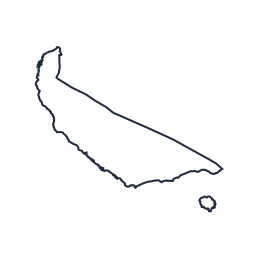 outline of Buru Selatan, Maluku, Indonesia, rotated 12°
{"feature_id": "22746128B90083339512512", "entity_name": "Buru Selatan", "entity_type": "district", "adm_level": 2, "iso_a3": "IDN", "parent_name": "Indonesia", "parent_adm1": "Maluku", "projection": "orthographic", "projection_center": [126.898, -3.508], "detail": "fine", "context": "isolated", "style": "outline", "palette": "slate", "viewbox_px": 256, "rotation_deg": 12, "n_neighbors": 0, "source": "geoboundaries", "source_scale": "gbopen_adm2", "svg_char_len": 5808}
<svg xmlns="http://www.w3.org/2000/svg" viewBox="0 0 256 256"><g transform="rotate(12 128 128)"><path d="M47.7,70.0L46.9,69.1L46.5,68.2L45.3,67.2L45.3,65.6L45.1,64.8L44.8,64.3L43.8,63.6L42.4,63.5L42.0,63.6L41.7,63.8L41.5,64.8L40.7,66.2L39.4,66.8L39.0,67.2L38.9,67.6L37.9,68.5L35.9,69.5L34.9,69.6L34.2,70.6L33.0,71.2L31.0,73.4L30.2,73.4L30.1,73.7L29.9,75.3L30.2,76.0L29.4,76.3L29.2,76.9L30.1,78.6L30.0,78.9L30.1,79.4L29.8,79.7L29.9,80.1L30.0,80.1L29.7,80.6L29.7,81.4L29.9,82.0L29.8,83.2L30.3,84.0L30.1,84.2L29.0,84.8L28.6,85.3L28.6,85.8L28.5,86.0L28.6,87.3L28.2,87.7L28.2,88.1L28.3,88.6L28.3,89.9L28.6,89.9L29.0,90.4L29.0,90.9L28.8,91.8L29.0,92.7L28.7,93.4L28.3,93.8L28.3,94.0L28.9,94.6L29.1,94.7L29.4,95.0L28.3,96.1L28.4,97.2L28.6,98.1L30.2,99.2L30.3,99.8L30.0,100.4L29.0,101.3L28.5,103.7L28.7,103.9L28.9,105.0L29.2,105.3L30.3,105.8L30.9,107.7L33.2,109.8L33.9,110.1L33.9,110.3L33.6,110.7L33.6,111.1L33.8,111.1L33.8,111.5L33.6,112.0L33.4,113.8L33.6,114.6L34.7,116.4L34.7,117.1L36.2,118.7L36.2,119.2L36.6,119.6L37.9,120.2L38.1,120.4L38.4,121.1L38.6,121.3L38.6,121.7L39.3,123.0L40.6,123.8L41.8,123.9L42.5,124.2L42.8,124.2L43.1,124.6L44.4,125.2L44.7,126.0L46.1,126.2L46.4,126.5L47.7,126.9L47.9,127.8L48.1,128.0L48.3,127.9L49.0,128.2L49.4,128.4L49.6,128.8L49.6,129.5L51.3,130.4L51.9,130.9L52.0,131.0L51.9,131.4L52.2,131.8L52.1,132.1L53.1,132.8L53.5,133.3L53.7,134.4L54.1,135.3L54.0,135.8L54.3,136.4L54.3,137.3L54.0,138.4L54.1,138.8L53.9,140.0L54.6,140.8L54.5,141.6L54.8,142.2L55.5,142.6L55.7,143.2L56.7,144.7L56.6,144.8L57.1,145.2L58.3,145.9L58.7,146.0L59.3,146.8L63.5,145.9L65.1,146.0L65.6,146.3L65.7,146.5L66.7,147.3L68.4,148.0L68.8,148.4L68.8,148.6L69.8,149.2L70.4,149.7L70.7,150.5L71.1,151.2L72.3,151.9L72.3,152.0L72.9,152.7L72.8,153.2L73.0,153.4L74.3,153.6L75.8,154.3L76.4,154.3L77.8,155.0L80.5,155.3L81.9,155.9L83.4,157.3L84.1,159.5L84.8,159.7L87.8,159.9L88.1,160.5L89.0,161.2L89.1,161.5L90.0,162.1L91.1,162.3L91.3,162.0L91.3,161.4L91.5,161.4L92.3,160.7L92.4,161.1L92.7,161.2L92.6,161.5L92.3,161.6L92.0,161.5L91.5,161.8L91.7,162.3L92.4,162.5L93.6,163.4L93.7,163.6L94.1,163.5L94.6,164.1L94.5,164.4L94.7,164.6L95.2,164.7L96.6,165.4L96.7,165.2L97.0,165.4L97.5,165.6L97.9,166.2L98.2,166.2L98.2,166.3L98.9,166.1L98.8,166.6L99.1,167.1L100.4,167.7L100.8,166.8L101.4,166.9L101.2,168.3L101.4,168.5L102.3,168.7L103.2,169.2L103.8,169.7L104.7,169.7L105.6,170.1L106.1,170.0L106.4,170.4L106.3,170.6L106.5,170.9L107.0,170.6L107.5,170.8L108.1,171.5L108.2,172.0L108.5,172.2L108.9,172.1L109.0,172.7L108.7,172.8L108.9,173.1L109.2,173.2L109.4,172.9L109.6,172.9L109.4,172.6L109.6,172.5L110.5,172.1L110.8,172.1L111.6,172.7L112.1,172.5L112.2,173.2L112.3,173.6L112.2,173.8L111.7,173.8L111.1,174.1L111.1,174.3L110.9,174.3L111.1,174.4L111.0,174.6L112.2,174.6L112.5,174.8L113.4,174.7L113.7,174.9L113.8,174.7L114.5,174.2L116.7,173.9L117.3,173.9L118.1,174.4L118.5,174.2L118.8,174.3L119.4,174.9L120.8,175.4L122.0,176.0L122.6,176.0L123.2,177.1L123.5,177.1L123.8,177.4L124.4,176.8L124.7,176.9L124.8,177.1L125.2,177.1L125.2,177.3L125.6,177.6L125.7,178.1L125.6,178.3L125.9,178.7L126.4,178.8L127.0,178.2L127.2,178.3L127.5,178.7L127.9,179.0L127.2,179.4L127.6,179.5L128.1,180.0L128.4,179.9L128.8,179.2L129.0,179.1L130.4,178.9L131.2,179.2L132.1,180.4L133.0,180.6L133.9,181.6L134.4,181.9L135.4,182.1L136.2,182.5L136.6,183.3L136.9,184.5L139.0,185.4L140.2,185.5L141.9,184.4L142.1,183.7L143.0,183.4L143.5,183.5L143.7,183.2L144.6,182.9L145.7,182.9L146.5,183.3L146.9,183.6L146.9,184.5L147.8,184.8L148.0,184.4L147.7,184.2L148.2,183.5L155.2,178.4L159.3,176.1L160.2,176.0L165.1,173.8L165.6,173.7L166.0,173.8L167.9,173.0L169.3,172.8L169.8,173.2L170.6,173.5L171.1,173.9L172.1,173.8L172.3,173.9L172.4,173.5L174.1,172.3L176.6,171.5L176.9,171.2L177.4,171.6L179.5,171.1L180.8,170.5L181.3,170.9L182.1,170.8L182.6,170.6L183.2,169.3L183.0,168.5L183.7,167.9L185.5,166.5L185.9,166.3L186.9,166.5L187.2,166.4L188.8,164.2L189.1,163.5L189.7,162.9L192.4,161.3L198.0,157.4L200.5,156.8L201.4,156.4L204.5,156.3L205.3,156.4L205.5,156.1L206.1,156.1L208.8,153.5L209.9,153.2L211.1,153.3L212.0,152.8L213.3,153.0L213.8,153.5L216.2,153.7L217.8,154.9L219.9,155.1L220.2,155.0L220.7,155.3L221.1,155.2L221.8,154.8L222.3,154.8L222.9,154.1L223.3,154.0L223.9,153.4L224.8,153.2L225.3,152.6L226.6,150.5L227.2,150.4L227.7,150.0L227.9,148.9L228.6,148.4L221.6,144.4L213.5,141.7L173.9,129.7L145.4,123.4L110.2,116.1L102.5,112.2L89.3,107.8L80.2,104.0L64.5,100.1L49.0,94.4L47.5,93.3L48.9,88.3L48.5,82.1L47.3,78.3L45.6,70.9L47.1,70.7L47.7,70.0ZM224.5,179.3L222.1,178.1L221.6,178.0L220.9,178.2L220.2,178.6L219.9,179.3L219.4,179.6L219.0,179.6L218.2,179.3L216.9,179.2L216.4,179.4L215.7,180.5L214.3,181.0L213.8,181.6L212.9,183.3L212.9,184.0L213.1,184.2L213.4,184.3L213.5,184.8L214.0,184.9L213.9,185.5L214.3,186.4L214.5,187.0L214.8,187.4L215.5,187.7L215.6,188.2L215.9,188.4L216.5,189.9L217.1,189.8L217.4,189.5L217.9,189.8L218.2,189.7L218.3,189.5L218.4,189.4L218.7,189.5L218.7,190.0L219.0,190.1L219.6,190.2L220.4,190.6L221.6,190.4L222.3,190.8L222.5,190.7L222.9,190.8L222.4,190.4L222.7,190.2L223.0,190.1L223.5,190.2L223.4,191.2L224.2,191.8L224.5,192.4L226.0,192.5L226.3,192.3L226.3,191.9L226.0,191.6L226.1,190.9L226.8,189.4L226.7,188.8L227.0,188.5L227.5,188.5L227.5,188.1L227.7,187.9L228.5,188.1L228.7,188.3L229.4,187.7L229.2,187.3L228.6,187.2L228.4,186.8L228.8,186.0L229.1,186.0L229.2,185.7L228.7,185.5L228.6,185.4L228.6,185.0L229.2,184.2L228.6,184.1L228.4,183.7L228.1,183.6L228.0,183.2L228.5,182.5L228.4,182.0L228.1,181.6L227.8,181.4L227.0,181.4L226.6,181.2L226.3,180.7L226.2,180.4L225.8,180.4L225.2,180.0L224.9,180.2L224.8,179.7L224.5,179.3ZM26.8,86.4L27.7,85.4L27.7,85.1L28.3,84.7L28.4,84.2L28.2,84.0L28.1,83.2L28.3,82.9L28.3,81.8L28.7,81.5L28.6,80.9L28.7,80.7L28.4,80.5L27.6,81.7L27.3,81.7L27.1,82.1L26.6,85.9L26.7,86.3L26.8,86.3L26.8,86.4Z" fill="none" stroke="#1e293b" stroke-width="2"/></g></svg>